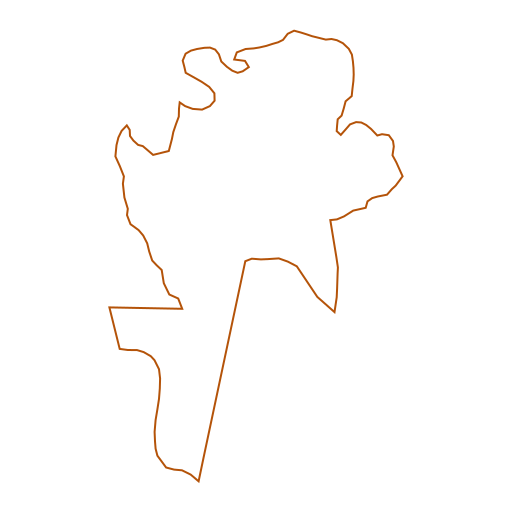 outline of Salinópolis, Pará, Brazil
{"feature_id": "56859067B4042781644411", "entity_name": "Salinópolis", "entity_type": "district", "adm_level": 2, "iso_a3": "BRA", "parent_name": "Brazil", "parent_adm1": "Pará", "projection": "natural_earth1", "projection_center": [-47.351, -0.707], "detail": "fine", "context": "isolated", "style": "outline", "palette": "amber", "viewbox_px": 512, "rotation_deg": 0, "n_neighbors": 0, "source": "geoboundaries", "source_scale": "gbopen_adm2", "svg_char_len": 2000}
<svg xmlns="http://www.w3.org/2000/svg" viewBox="0 0 512 512"><path d="M198.6,481.3L203.8,456.5L221.8,371.7L245.3,261.2L251.8,258.7L260.9,259.4L268.0,259.1L278.8,258.4L287.8,261.6L296.8,266.3L317.3,296.9L334.5,312.1L336.7,297.3L337.1,288.7L337.6,273.5L337.9,267.5L336.4,257.3L330.3,220.1L336.9,219.4L344.0,216.4L353.2,210.6L365.7,207.8L367.5,201.4L372.2,198.1L377.8,196.5L387.0,194.7L391.8,189.2L395.7,185.6L402.6,176.3L396.3,162.3L392.5,155.3L393.8,146.5L393.0,141.0L388.8,135.2L382.0,134.2L377.3,135.5L371.1,129.0L366.2,125.0L361.3,122.5L356.1,122.1L350.0,124.4L345.5,129.6L340.8,134.9L336.7,131.1L337.1,125.4L337.7,119.3L341.6,115.6L343.7,108.6L345.6,101.3L351.7,96.1L352.5,88.4L353.4,81.0L353.7,74.7L353.5,67.9L352.9,61.3L351.9,54.6L348.8,48.8L342.9,43.2L336.9,40.2L331.5,39.0L325.8,39.6L318.2,37.7L312.1,36.2L306.8,34.4L300.8,32.5L294.1,30.7L287.7,33.8L283.0,39.9L278.1,42.3L272.5,43.9L266.3,45.9L259.3,47.5L253.7,48.4L245.6,49.0L236.8,52.4L234.2,59.5L245.0,60.9L248.8,67.1L242.7,71.3L237.6,72.8L232.3,70.7L226.9,66.8L221.3,61.5L218.9,54.3L215.2,49.6L210.0,47.6L204.4,47.8L197.0,49.0L191.0,50.6L185.6,53.7L182.7,60.6L184.4,67.1L185.7,72.8L201.5,81.7L209.2,86.9L214.4,93.3L214.6,100.7L209.9,106.1L202.1,109.6L192.7,108.9L185.1,106.1L179.7,102.4L179.0,108.6L178.8,116.6L176.0,124.1L173.3,132.1L171.9,139.1L168.8,151.0L153.1,154.9L146.7,149.4L142.8,146.1L138.1,144.9L133.4,140.6L130.0,136.0L129.7,129.9L126.8,125.4L121.6,130.9L118.4,137.5L116.5,145.1L115.4,156.4L119.9,166.3L123.9,176.4L122.9,183.7L124.4,197.5L127.8,208.8L127.0,215.1L130.5,224.2L138.6,230.1L143.2,235.5L147.2,243.3L149.2,251.5L152.2,260.5L156.6,265.2L161.7,270.0L163.8,283.2L169.3,294.5L178.2,298.5L182.2,308.8L109.4,307.4L119.7,348.9L127.8,350.0L137.1,350.1L143.7,352.1L150.8,356.2L154.5,360.2L159.0,369.2L160.1,378.5L159.8,388.7L159.0,398.9L157.4,409.3L155.6,420.0L154.6,431.9L155.0,441.3L155.6,448.7L157.4,455.7L166.1,467.5L174.1,469.6L182.0,470.3L190.7,474.6L198.6,481.3Z" fill="none" stroke="#b45309" stroke-width="2"/></svg>